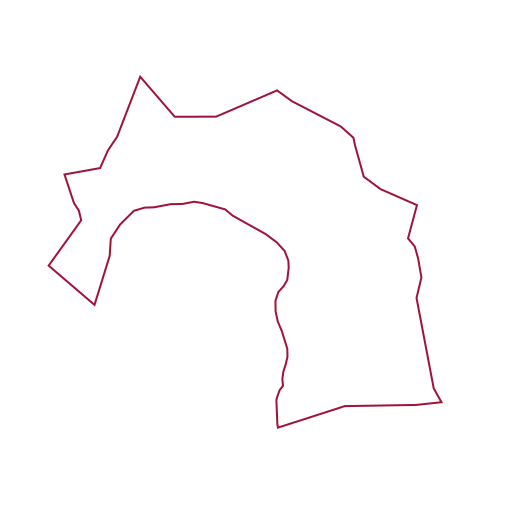 the border of Videm, rotated 8°
{"feature_id": "SVN-222", "entity_name": "Videm", "entity_type": "Municipality", "adm_level": 1, "iso_a3": "SVN", "parent_name": "Slovenia", "parent_adm1": "", "projection": "natural_earth1", "projection_center": [15.9, 46.335], "detail": "fine", "context": "isolated", "style": "outline", "palette": "rose", "viewbox_px": 512, "rotation_deg": 8, "n_neighbors": 0, "source": "natural_earth", "source_scale": "10m", "svg_char_len": 958}
<svg xmlns="http://www.w3.org/2000/svg" viewBox="0 0 512 512"><g transform="rotate(8 256 256)"><path d="M460.0,375.0L435.3,381.2L364.8,392.3L301.6,422.9L301.3,421.9L300.5,419.3L296.2,395.6L296.9,390.9L298.2,385.2L300.8,380.9L299.2,374.1L299.2,366.6L300.5,359.3L301.2,351.5L299.9,343.5L292.0,326.7L286.7,317.9L283.1,308.1L281.5,297.7L283.1,288.7L287.7,281.7L290.3,275.3L290.0,263.1L288.7,256.1L283.7,247.1L274.8,239.7L262.6,233.0L227.5,219.4L218.9,214.1L195.6,211.0L187.1,210.9L175.9,214.7L164.1,216.6L148.2,222.0L139.0,223.6L128.8,228.2L117.0,243.8L109.8,259.0L111.1,276.1L102.9,326.9L52.0,294.4L77.9,245.0L74.3,235.7L68.4,229.0L55.0,201.9L89.4,190.6L94.7,172.0L101.9,157.2L116.4,94.6L156.1,129.4L197.0,123.6L253.8,89.1L270.2,97.8L321.8,115.9L336.0,125.3L338.6,132.5L351.7,162.5L370.1,172.5L408.3,183.2L404.1,217.4L411.9,224.5L416.9,235.9L422.8,254.3L420.8,275.2L450.4,362.3L459.5,374.3L460.0,375.0Z" fill="none" stroke="#9f1239" stroke-width="2"/></g></svg>